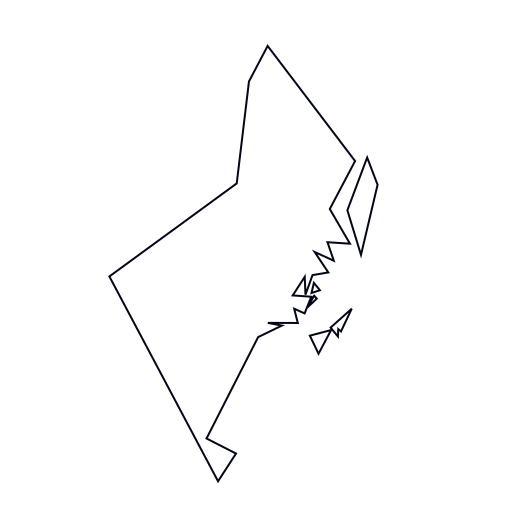 outline of British Columbia, rotated 240°
{"feature_id": "CAN-633", "entity_name": "British Columbia", "entity_type": "Province", "adm_level": 1, "iso_a3": "CAN", "parent_name": "Canada", "parent_adm1": "", "projection": "albers", "projection_center": [-126.982, 54.153], "detail": "coarse", "context": "isolated", "style": "outline", "palette": "ink", "viewbox_px": 512, "rotation_deg": 240, "n_neighbors": 0, "source": "natural_earth", "source_scale": "10m", "svg_char_len": 757}
<svg xmlns="http://www.w3.org/2000/svg" viewBox="0 0 512 512"><g transform="rotate(240 256 256)"><path d="M432.1,371.1L288.7,389.3L259.8,343.4L219.7,343.5L232.2,324.8L213.0,321.0L230.2,308.8L205.6,310.4L211.2,295.4L197.8,279.5L213.6,287.8L203.5,268.1L193.1,283.5L182.0,269.4L191.2,262.7L177.1,258.7L192.2,232.8L182.8,243.6L184.7,217.3L122.7,121.9L94.9,139.9L79.9,110.5L311.6,118.8L328.5,275.6L410.7,337.2L432.1,371.1ZM285.7,401.5L256.9,396.9L204.5,347.5L249.9,358.0L285.7,401.5ZM154.3,284.0L140.1,261.3L160.1,262.8L154.3,284.0ZM156.7,284.8L162.5,312.6L148.2,291.9L151.6,290.7L145.3,286.7L156.7,284.8ZM203.8,292.7L194.4,294.2L196.2,285.6L203.8,292.7ZM188.7,287.3L185.7,274.7L192.5,286.5L188.7,287.3Z" fill="none" stroke="#020617" stroke-width="2"/></g></svg>